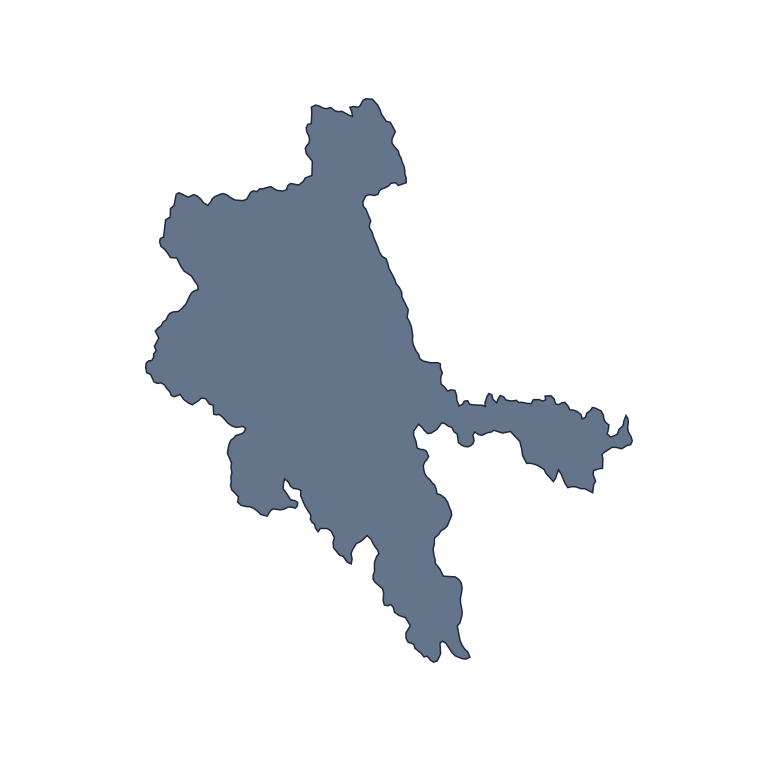 the district of Guanhães, Minas Gerais, Brazil, rotated 344°
{"feature_id": "56859067B12936840453094", "entity_name": "Guanhães", "entity_type": "district", "adm_level": 2, "iso_a3": "BRA", "parent_name": "Brazil", "parent_adm1": "Minas Gerais", "projection": "equal_earth", "projection_center": [-42.817, -18.856], "detail": "fine", "context": "isolated", "style": "filled", "palette": "slate", "viewbox_px": 768, "rotation_deg": 344, "n_neighbors": 0, "source": "geoboundaries", "source_scale": "gbopen_adm2", "svg_char_len": 6168}
<svg xmlns="http://www.w3.org/2000/svg" viewBox="0 0 768 768"><g transform="rotate(344 384 384)"><path d="M608.3,488.2L608.9,484.4L607.9,481.0L604.7,485.3L602.2,490.0L597.3,492.5L594.6,496.5L590.6,497.3L587.0,497.3L584.8,493.3L587.1,489.6L588.9,485.3L586.4,481.9L585.7,478.6L586.3,474.4L585.2,469.7L580.3,465.3L577.8,464.0L575.0,466.5L570.9,467.9L568.4,471.6L565.0,472.2L564.9,467.7L562.2,463.8L558.4,461.0L555.5,460.1L554.9,456.1L552.8,451.5L549.3,451.2L546.3,452.0L543.4,450.4L543.4,445.1L541.2,441.3L535.5,440.0L535.1,443.8L531.7,444.1L528.9,441.8L523.3,440.2L520.3,443.4L516.8,442.3L511.0,439.4L508.4,438.9L506.8,436.2L501.9,435.5L499.0,434.2L496.6,432.7L495.6,429.4L492.5,427.1L489.5,429.9L487.2,433.1L484.6,429.0L484.6,424.0L482.1,422.1L479.6,424.4L475.8,430.0L475.3,433.5L472.7,431.6L463.4,428.4L460.6,426.9L459.8,423.1L456.5,422.6L453.8,425.2L450.2,425.8L449.5,419.8L450.6,415.2L450.4,409.7L447.0,408.1L443.2,408.3L441.4,403.7L439.0,400.0L439.4,396.2L440.7,392.7L443.1,389.5L442.6,384.4L443.7,380.1L441.4,378.3L434.9,376.5L427.9,372.7L425.4,369.6L425.4,364.9L424.0,361.5L422.9,353.8L423.4,349.8L425.0,345.4L426.1,336.5L425.7,331.4L424.6,326.4L427.8,319.3L425.2,305.0L426.3,300.9L425.3,295.3L423.3,291.2L423.1,286.0L420.7,274.4L420.9,268.4L420.5,264.1L417.4,260.9L415.9,255.8L415.8,251.2L414.5,240.5L414.4,234.7L413.0,229.6L414.3,226.3L416.2,223.7L414.7,210.6L413.1,207.7L413.8,203.3L418.3,198.2L422.4,198.0L426.7,200.1L430.4,200.1L432.8,197.1L435.2,196.0L440.1,195.6L443.3,194.7L446.0,193.0L450.6,193.7L452.5,197.1L460.7,196.7L462.1,192.4L461.9,188.0L462.9,184.2L463.2,179.9L462.6,175.4L462.7,171.7L461.9,168.3L461.9,163.6L459.4,158.7L458.1,154.4L459.3,150.6L464.5,144.5L462.2,134.2L458.5,132.0L455.8,123.4L455.8,119.1L454.8,114.2L451.4,107.1L445.2,104.8L442.0,105.6L437.1,110.5L434.2,110.5L431.5,108.9L427.5,108.6L428.0,113.4L427.5,118.1L424.6,116.1L418.6,110.2L415.3,109.7L412.1,107.8L409.0,103.5L404.8,103.5L401.6,102.2L398.5,99.0L395.1,97.0L390.5,97.9L389.4,103.3L385.8,113.7L382.5,113.4L379.9,116.1L379.3,120.2L380.1,124.7L379.8,128.8L378.0,132.0L375.4,133.5L373.3,135.8L372.8,141.1L376.5,150.1L372.2,163.6L365.1,164.2L362.3,167.0L356.9,169.2L349.4,165.5L346.2,166.8L343.8,170.4L339.9,170.7L334.0,168.1L329.6,163.0L320.9,162.9L318.3,162.1L314.9,164.0L311.5,162.3L308.6,163.0L303.0,168.5L299.1,168.9L291.7,166.2L288.0,162.7L285.0,158.8L282.1,156.7L279.1,156.5L272.8,157.3L269.9,158.7L267.6,161.3L263.7,163.7L260.4,159.8L258.6,155.4L255.9,151.4L253.1,149.4L247.4,150.5L239.6,143.6L236.5,144.5L231.3,154.6L227.0,156.5L224.6,164.6L219.4,165.9L212.6,182.0L209.1,182.5L207.5,185.5L207.5,190.2L210.0,193.7L211.9,198.0L213.6,203.6L219.6,205.9L221.2,215.1L223.0,220.5L228.7,227.2L230.3,233.0L232.2,237.9L231.2,242.0L227.5,242.2L224.5,243.1L221.5,245.8L215.7,252.5L209.7,256.2L206.1,257.6L201.4,256.6L197.6,257.1L194.8,259.2L192.4,262.2L188.8,263.5L186.0,266.5L182.4,267.8L178.7,270.2L180.2,277.7L173.7,284.5L174.1,289.3L171.0,291.5L169.7,295.1L167.0,297.5L164.3,296.8L161.2,298.3L159.4,302.4L159.1,307.9L162.2,310.5L163.5,318.5L166.2,320.9L170.0,321.5L172.6,324.1L173.9,328.2L176.0,332.5L176.4,336.4L179.0,338.5L185.3,337.9L187.2,343.6L190.5,348.0L194.0,351.2L201.4,348.8L204.6,347.1L208.6,349.0L210.7,355.3L213.9,357.2L212.0,366.1L214.5,367.5L217.1,367.8L219.5,371.0L223.3,378.8L226.5,382.6L229.8,384.9L237.0,386.0L238.7,389.0L236.1,391.7L233.2,392.7L227.3,392.6L224.7,394.6L221.2,395.9L218.1,399.7L214.4,407.3L215.6,418.0L213.9,421.9L213.4,427.1L211.1,431.4L210.3,435.6L208.5,439.2L208.5,443.8L213.0,452.2L210.8,457.3L213.1,461.2L218.1,464.0L221.1,464.9L224.7,467.9L227.7,471.9L229.5,475.4L235.2,478.8L240.0,474.6L242.8,473.5L250.0,476.5L253.5,476.7L258.0,475.9L261.7,477.1L264.5,478.9L267.1,477.4L268.4,473.9L266.0,471.5L262.3,469.5L259.9,461.2L258.1,456.9L259.9,452.0L262.3,447.7L265.1,452.0L265.9,456.5L268.3,459.6L271.9,461.0L274.7,463.3L273.1,468.4L274.4,479.3L277.5,490.0L276.0,493.7L276.7,497.1L278.7,499.7L278.4,503.6L279.9,507.9L283.0,505.3L289.6,507.3L292.5,510.7L293.9,518.0L291.4,522.3L290.4,527.5L294.0,536.2L297.2,538.5L299.7,545.4L302.9,547.9L305.1,543.4L305.6,537.8L308.2,534.6L313.6,529.6L316.8,529.3L320.9,527.9L325.9,525.0L328.7,529.5L329.9,536.3L332.1,541.9L332.2,546.0L329.8,547.3L325.8,552.4L323.1,561.7L320.6,565.3L319.7,568.7L320.7,572.0L326.1,580.4L326.0,584.9L323.5,591.8L323.4,596.5L326.4,598.2L329.6,597.8L331.3,601.0L331.3,606.5L334.5,610.5L340.3,614.6L342.7,623.6L336.7,629.0L335.1,634.4L336.1,639.1L338.6,640.4L340.9,642.6L340.9,646.6L345.6,653.3L347.2,657.3L350.5,657.6L352.5,662.2L355.1,665.1L358.9,664.8L362.3,661.1L364.1,658.7L366.4,648.5L369.6,647.4L372.1,650.5L375.4,661.0L377.5,664.9L383.2,669.4L386.7,671.0L391.3,670.2L390.7,664.7L388.4,660.8L387.0,656.3L386.4,651.8L387.7,636.7L390.9,634.8L395.2,627.9L396.5,623.8L397.3,615.0L398.4,611.0L401.6,604.7L403.0,600.8L403.4,596.5L402.0,592.4L399.2,589.0L388.1,585.1L386.7,577.4L383.9,570.6L384.7,567.0L384.9,561.5L385.8,556.0L388.3,551.6L390.0,546.2L395.1,543.6L398.3,540.8L402.2,539.8L405.6,538.0L412.8,529.0L413.5,525.0L412.8,521.0L412.6,515.4L411.1,510.5L407.9,506.2L404.7,504.0L405.2,499.0L404.7,494.8L403.0,492.2L401.7,488.5L399.7,485.5L398.6,482.1L398.5,478.3L399.3,473.2L401.6,470.3L404.2,468.7L406.9,466.0L406.2,460.2L404.1,458.0L400.9,456.9L398.3,454.7L398.9,447.7L398.3,441.3L399.6,437.4L406.2,432.2L408.4,435.7L410.0,439.8L412.3,443.7L415.8,444.2L422.2,442.3L428.7,437.3L431.4,438.7L434.1,442.1L437.3,444.5L438.1,449.2L440.6,452.4L439.4,460.6L441.3,463.6L443.8,466.0L447.1,467.5L450.4,467.1L453.1,465.9L455.1,462.9L455.2,457.9L458.1,455.0L460.8,458.5L463.8,460.3L470.1,459.3L473.7,459.8L476.7,458.7L484.4,463.8L492.5,464.5L498.7,476.7L498.4,485.5L497.4,490.9L499.3,499.7L502.2,500.3L505.4,501.9L508.5,504.0L511.5,507.0L514.3,510.3L515.1,514.5L519.9,524.5L522.8,522.1L528.0,514.6L529.5,519.6L530.6,529.3L532.1,534.3L536.0,534.4L539.8,535.6L544.8,539.1L548.2,540.0L554.6,546.0L558.1,538.0L560.5,536.1L560.1,528.6L561.6,525.0L567.2,524.7L570.8,525.3L573.9,515.8L574.0,511.8L577.5,510.1L586.0,507.7L590.3,509.2L594.5,511.8L600.6,510.1L604.4,510.3L607.0,507.1L606.9,502.5L605.6,497.4L606.3,492.6L608.3,488.2Z" fill="#64748b" stroke="#1e293b" stroke-width="1.5"/></g></svg>